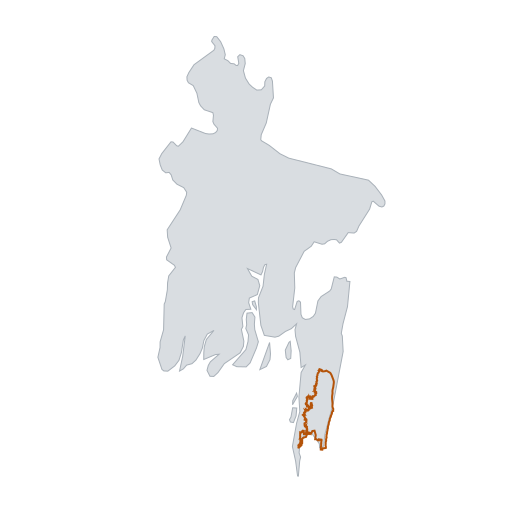 Bandarban, Chittagong, Bangladesh (highlighted), rotated 16°
{"feature_id": "16705992B23463827258150", "entity_name": "Bandarban", "entity_type": "district", "adm_level": 2, "iso_a3": "BGD", "parent_name": "Bangladesh", "parent_adm1": "Chittagong", "projection": "equal_earth", "projection_center": [92.198, 21.77], "detail": "fine", "context": "in_parent", "style": "outline", "palette": "amber", "viewbox_px": 512, "rotation_deg": 16, "n_neighbors": 0, "source": "geoboundaries", "source_scale": "gbopen_adm2", "svg_char_len": 9532}
<svg xmlns="http://www.w3.org/2000/svg" viewBox="0 0 512 512"><g transform="rotate(16 256 256)"><path d="M187.5,365.0L187.5,352.4L181.0,327.5L181.4,324.8L180.1,312.9L178.4,306.2L177.6,299.2L181.7,289.1L180.1,287.4L171.2,284.3L170.2,281.7L172.2,271.7L165.9,262.3L163.4,255.3L170.4,232.6L172.3,216.8L171.8,213.8L167.7,210.2L160.3,208.8L155.1,205.9L152.1,201.4L149.5,199.6L146.3,200.9L142.2,199.2L138.8,194.8L136.0,189.4L137.2,183.5L142.8,169.7L144.8,169.3L149.4,171.9L151.1,171.9L154.3,166.4L158.7,150.8L173.7,152.2L177.2,151.7L181.0,150.4L183.1,148.5L184.2,146.0L183.8,143.8L179.3,140.9L177.5,138.7L176.3,132.4L175.0,130.1L166.0,129.7L161.3,126.9L158.8,124.3L154.3,115.8L148.7,109.5L143.3,108.1L141.3,106.0L140.2,102.8L140.9,98.1L143.7,89.2L158.8,69.8L159.2,67.7L158.6,65.2L154.3,62.1L154.1,60.6L155.3,56.5L157.8,56.0L162.9,59.7L168.0,65.7L171.0,71.0L171.1,75.2L175.1,76.0L178.5,77.9L182.0,77.3L184.3,78.3L185.8,78.0L186.4,75.6L183.5,69.5L185.0,66.9L188.4,67.1L190.8,69.3L192.6,74.0L192.8,81.3L196.8,87.9L202.0,92.6L206.1,94.7L211.0,96.3L215.3,94.8L217.5,90.2L216.5,86.1L217.2,82.4L218.9,80.4L221.6,80.5L223.6,83.4L229.2,99.2L228.0,106.1L229.2,125.3L227.6,138.0L228.5,142.8L229.5,143.7L238.2,146.0L250.8,151.1L260.5,152.9L304.4,151.5L314.0,154.0L343.2,152.1L351.2,156.2L359.9,162.7L364.8,167.6L365.6,170.4L365.1,172.8L363.5,174.2L360.5,174.2L353.6,171.0L352.4,172.0L352.3,179.6L346.7,198.7L345.9,204.6L344.0,206.9L338.2,208.1L334.3,219.3L332.7,220.6L328.9,218.2L326.6,218.6L323.6,219.6L320.6,222.2L318.6,225.4L316.2,226.5L308.0,226.3L306.4,231.4L301.0,238.2L297.3,256.2L297.5,261.7L302.1,276.1L305.2,294.8L306.4,296.7L307.9,296.8L308.1,288.3L309.6,287.2L311.5,288.1L315.3,299.7L317.5,302.6L320.9,303.4L324.8,301.7L327.7,298.3L328.9,294.6L327.9,282.1L329.8,277.0L336.5,269.3L337.4,267.0L337.0,254.5L339.5,254.0L342.9,255.0L347.2,252.0L348.5,252.0L350.3,255.2L353.3,254.6L357.9,279.5L358.3,297.2L359.3,306.9L361.0,309.1L366.1,323.8L370.8,375.7L371.4,408.7L373.4,419.9L371.8,422.4L370.1,422.9L368.6,419.0L357.8,410.6L355.1,411.4L351.4,416.3L349.9,420.8L350.5,427.2L351.7,433.4L354.3,437.0L354.5,441.0L357.4,455.9L356.6,456.0L350.7,442.4L343.5,429.1L341.1,405.2L341.0,393.5L336.1,379.7L331.5,355.6L333.5,347.1L330.1,350.8L324.7,336.4L316.2,322.3L313.8,316.1L313.7,310.0L310.0,316.1L305.1,320.4L300.0,326.8L296.6,328.8L285.9,330.0L279.8,321.3L271.1,300.2L269.9,295.5L271.1,283.1L269.1,271.3L268.5,261.0L266.9,261.9L266.3,264.8L266.6,269.1L266.0,272.8L251.2,270.4L257.5,276.6L264.3,278.0L267.8,283.5L267.9,292.7L261.2,298.3L261.8,302.9L265.7,308.6L261.0,310.2L259.7,313.9L259.5,319.2L262.8,327.4L262.2,330.6L267.8,341.2L268.8,346.3L267.4,353.5L255.2,368.2L251.6,378.5L248.6,383.4L244.9,384.3L240.4,379.4L240.3,374.3L241.3,370.3L247.6,360.6L244.2,361.9L234.3,369.9L232.5,363.4L231.3,357.4L231.3,350.0L236.1,339.1L230.7,344.5L229.2,351.4L229.8,359.5L229.1,365.2L226.9,372.7L224.1,377.2L219.4,380.0L217.3,384.5L214.2,387.7L213.2,372.7L210.0,352.3L209.3,356.7L210.9,369.3L210.7,377.5L208.2,384.0L203.0,391.0L199.1,391.9L196.8,390.9L189.6,380.4L189.0,370.5L187.5,365.0ZM277.1,365.3L268.1,367.7L263.5,367.0L272.1,348.7L271.9,340.5L270.6,333.9L266.2,328.5L266.0,324.7L264.1,319.5L263.1,313.4L267.9,311.5L271.8,315.0L273.2,321.9L275.1,327.1L281.9,337.8L281.8,344.3L279.8,360.4L277.1,365.3ZM296.5,359.3L291.0,364.2L292.9,335.4L296.9,346.1L298.0,351.8L296.5,359.3ZM317.6,344.9L315.2,347.0L312.9,345.2L310.1,338.4L311.5,329.9L312.4,328.6L315.9,337.4L317.6,344.9ZM337.9,405.8L334.8,406.1L333.3,404.1L334.0,401.2L333.1,391.8L337.1,390.9L338.6,398.7L337.9,405.8ZM334.5,379.6L332.1,388.9L331.2,384.8L332.8,376.6L334.5,379.6ZM270.3,304.6L271.2,307.5L266.2,303.7L264.9,301.0L267.1,299.5L270.3,304.6Z" fill="#d9dde1" stroke="#a8b0b8" stroke-width="1"/><path d="M372.5,381.8L371.6,380.7L371.0,379.7L370.6,378.3L370.2,376.6L368.5,372.3L367.8,369.8L367.4,366.8L366.8,365.1L366.5,363.6L366.4,360.8L365.7,356.2L365.3,355.0L364.5,353.7L361.4,349.6L359.9,348.1L359.4,347.8L355.2,346.8L354.3,347.6L352.2,348.5L351.4,348.5L350.7,348.4L350.7,348.0L350.8,347.6L350.4,347.4L348.2,347.3L348.1,348.2L348.0,348.4L348.4,348.4L348.5,348.3L348.6,349.0L348.5,349.6L348.4,349.5L348.3,350.9L347.7,351.6L347.8,352.0L347.7,353.0L348.0,353.5L347.9,353.9L347.9,354.8L347.7,355.2L348.1,355.9L348.3,356.1L348.2,356.3L348.2,357.2L348.4,357.5L348.5,357.9L348.7,358.1L349.1,358.8L349.0,359.1L349.1,359.3L348.7,360.0L349.0,360.4L349.0,361.2L349.3,361.3L349.5,361.7L348.9,362.6L349.0,362.9L349.3,363.0L349.2,363.2L349.5,363.3L349.6,363.7L349.4,364.2L348.8,364.5L348.7,364.9L348.4,365.0L348.3,364.8L347.9,365.1L348.1,365.4L349.1,365.6L349.0,366.0L348.7,366.3L348.7,366.7L349.1,366.6L349.1,366.8L349.7,367.1L349.7,367.5L349.3,367.8L349.3,368.1L349.0,368.5L349.5,368.9L349.4,369.1L349.6,369.0L349.8,369.8L350.0,369.5L350.6,369.8L350.7,370.2L351.1,370.2L351.0,370.9L351.6,370.9L351.8,371.1L351.7,371.5L351.1,371.5L351.0,372.3L351.5,372.6L351.5,373.0L351.7,373.3L350.7,374.2L350.5,374.8L350.8,374.8L350.3,375.0L350.1,375.1L350.2,375.3L350.0,375.5L349.8,375.4L349.6,375.6L349.6,375.2L349.2,375.1L348.9,375.3L348.8,375.5L349.0,375.7L349.0,376.2L349.2,376.7L349.5,377.4L349.6,377.8L349.3,377.9L349.1,377.7L348.4,378.0L348.2,377.8L348.0,378.1L347.7,378.1L347.3,378.4L346.8,377.9L346.7,377.5L346.4,377.3L346.4,376.9L346.6,376.8L346.5,376.5L346.8,376.3L346.7,376.1L346.2,376.3L346.1,376.7L345.7,377.0L345.5,376.7L345.5,376.9L345.2,376.7L344.8,377.0L344.5,376.8L343.7,377.9L343.7,378.3L344.3,378.4L344.3,378.7L344.5,378.9L344.5,379.2L344.8,379.3L344.7,380.1L344.9,380.1L344.8,380.4L345.0,381.1L344.8,381.4L345.0,381.7L345.2,382.7L345.1,383.1L344.8,383.2L344.6,383.7L344.8,383.8L344.5,384.2L344.8,384.8L345.3,384.8L345.6,385.0L345.9,384.9L345.9,385.4L346.2,386.0L346.3,385.8L347.0,385.9L347.0,385.7L347.4,385.5L347.9,386.4L348.0,386.9L348.3,387.0L348.8,386.9L349.2,387.2L349.2,386.9L349.6,386.6L349.6,386.2L349.9,386.1L350.0,386.2L350.1,386.9L350.4,387.1L350.5,386.8L350.2,385.8L350.2,385.5L349.9,385.1L350.0,384.7L349.8,384.5L349.9,384.0L349.7,383.5L349.4,383.3L349.3,382.6L349.3,382.3L349.9,382.1L350.2,382.7L350.1,383.2L349.9,383.0L350.2,383.4L350.3,384.1L350.5,383.8L350.8,383.7L351.0,384.2L351.2,384.3L351.1,385.1L351.3,385.9L351.6,386.4L351.2,386.6L350.9,386.6L350.9,386.4L350.7,386.5L350.6,387.2L350.4,387.3L350.0,386.9L350.0,386.2L349.7,386.2L349.7,386.7L349.3,386.9L349.2,387.3L348.9,387.6L348.9,388.1L348.7,389.0L348.6,389.3L348.7,389.5L348.9,389.5L349.0,389.7L348.8,390.0L348.1,389.9L347.8,390.1L347.8,389.9L346.6,389.6L346.9,390.1L346.4,390.0L346.3,390.3L346.5,390.5L346.7,391.2L346.6,391.3L346.1,391.1L346.5,391.6L346.5,392.0L346.2,391.9L346.0,392.1L345.9,392.3L346.0,392.7L345.9,392.8L345.7,392.8L345.4,393.2L345.7,393.6L345.8,393.5L345.9,394.1L345.8,394.3L346.1,394.3L346.1,394.5L346.4,394.8L346.2,394.8L346.2,395.1L345.8,395.3L346.4,395.5L346.5,395.9L345.7,396.3L346.1,396.5L346.4,397.0L347.0,397.2L347.3,397.7L347.9,398.1L348.1,398.9L347.9,399.3L348.2,399.4L348.2,399.7L348.9,399.3L349.0,399.0L349.3,399.0L349.6,399.4L349.6,400.0L349.3,400.2L349.6,400.3L349.5,400.5L349.8,401.3L350.2,401.6L349.8,402.5L349.2,403.0L349.0,403.4L348.8,403.5L348.9,404.1L349.2,404.8L349.4,405.0L349.4,405.4L349.7,405.9L350.1,405.5L350.0,405.9L350.2,406.3L350.2,405.7L350.5,405.6L350.6,405.3L351.0,405.4L351.1,406.2L351.4,406.0L351.9,406.1L351.8,406.5L352.2,406.8L352.1,407.6L352.4,407.9L352.5,407.6L352.7,407.9L352.9,408.1L353.0,408.3L352.9,408.6L353.1,409.1L353.0,409.4L353.2,409.7L352.8,409.6L352.8,410.0L352.5,410.1L352.7,410.5L352.7,411.3L353.1,411.5L352.9,412.4L353.4,412.8L353.3,413.3L352.8,413.5L352.0,413.3L351.7,413.7L351.1,414.0L350.9,413.5L350.9,413.2L350.7,412.9L350.3,411.5L350.1,411.7L349.9,411.1L349.3,411.3L349.1,411.1L348.7,411.6L348.7,412.1L348.7,412.5L348.2,412.9L348.0,413.4L347.8,413.4L347.7,413.1L347.1,413.3L347.3,413.6L347.4,414.7L347.8,415.7L348.0,416.9L348.3,417.3L348.5,418.5L348.5,418.8L348.6,418.7L348.7,418.9L348.8,419.5L349.3,420.4L349.5,420.4L349.5,421.1L349.8,421.4L349.7,421.6L350.0,422.0L349.9,422.3L350.0,422.5L350.5,422.3L350.6,422.7L350.4,422.8L350.5,423.2L350.0,423.6L350.1,423.8L349.9,424.5L349.9,424.9L349.4,425.3L349.4,425.7L349.2,425.9L349.3,426.1L349.2,426.2L349.4,426.3L349.3,426.6L349.4,426.8L349.4,427.3L349.6,427.4L349.5,428.0L349.6,428.4L349.9,428.4L350.1,427.8L351.0,426.9L351.3,426.4L351.5,425.6L351.9,425.1L351.5,424.0L352.0,423.3L350.8,419.0L351.6,417.6L354.0,416.0L353.9,414.1L354.6,413.3L354.6,411.4L355.7,411.2L356.0,412.0L356.3,411.7L356.6,412.1L356.9,411.8L357.7,412.0L357.7,411.9L357.7,411.5L357.5,411.1L357.9,411.1L358.1,410.8L358.4,408.7L360.4,407.8L362.8,411.7L363.4,415.8L364.5,415.5L366.5,416.1L367.2,415.9L367.0,414.9L368.3,414.7L368.4,414.9L368.7,415.0L369.1,414.8L369.4,414.5L369.6,414.5L369.9,415.3L369.8,415.9L370.0,416.4L370.1,417.4L370.4,418.0L370.3,418.6L370.5,419.0L370.9,420.4L371.0,421.2L371.0,421.6L371.1,422.3L371.3,422.8L371.6,424.2L372.4,424.1L372.6,424.0L372.6,423.8L373.0,423.8L372.9,423.4L373.3,422.9L373.3,422.5L373.5,422.5L374.0,422.1L374.3,422.0L374.5,422.0L376.0,421.3L375.9,420.5L375.1,418.9L374.7,417.0L374.4,416.3L374.3,415.0L374.4,414.3L374.0,413.4L373.8,412.0L373.9,411.3L373.8,411.2L373.8,410.8L373.6,410.7L373.4,410.1L373.4,409.7L373.0,408.1L373.2,407.6L373.2,407.2L372.8,405.3L372.8,404.2L372.6,403.1L372.6,401.5L372.2,400.5L372.2,398.9L372.3,397.8L371.9,395.6L372.2,393.7L372.1,393.1L371.8,392.2L372.0,390.9L372.2,390.3L372.0,389.4L372.2,389.2L372.1,388.6L372.4,386.8L372.3,385.9L372.2,385.8L372.2,384.3L372.9,383.7L372.8,383.4L372.6,383.2L372.5,381.8Z" fill="none" stroke="#b45309" stroke-width="2"/></g></svg>